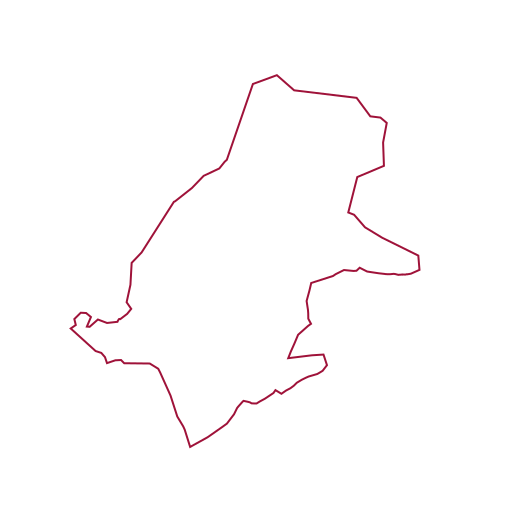 the district of Kaga, Borno, Nigeria, rotated 228°
{"feature_id": "59680162B15311652495769", "entity_name": "Kaga", "entity_type": "district", "adm_level": 2, "iso_a3": "NGA", "parent_name": "Nigeria", "parent_adm1": "Borno", "projection": "robinson", "projection_center": [12.335, 11.599], "detail": "fine", "context": "isolated", "style": "outline", "palette": "rose", "viewbox_px": 512, "rotation_deg": 228, "n_neighbors": 0, "source": "geoboundaries", "source_scale": "gbopen_adm2", "svg_char_len": 2028}
<svg xmlns="http://www.w3.org/2000/svg" viewBox="0 0 512 512"><g transform="rotate(228 256 256)"><path d="M385.9,368.8L347.0,298.7L347.0,295.8L345.6,287.3L350.6,270.8L349.4,253.9L350.8,232.4L351.2,231.3L351.2,231.2L335.2,173.4L334.7,167.1L334.1,159.0L318.6,143.4L308.2,128.9L300.2,127.9L299.2,121.5L299.9,112.9L300.5,112.5L300.8,111.9L300.3,110.1L299.8,109.0L305.9,100.5L314.6,96.0L314.7,85.0L316.7,83.1L321.1,92.5L327.3,91.6L331.1,87.8L330.7,78.8L325.3,75.9L326.1,69.8L292.7,73.2L287.5,76.2L281.9,76.1L276.1,73.6L272.6,81.7L269.0,86.1L264.5,86.3L247.2,105.1L237.6,107.9L233.5,106.8L209.5,99.1L189.4,90.1L178.1,87.9L174.6,86.8L158.2,79.3L153.7,98.7L151.5,116.6L150.9,122.2L152.1,128.5L153.1,133.8L155.7,140.3L155.8,140.9L155.8,141.2L155.9,141.4L156.3,144.9L156.3,145.1L156.5,146.7L156.7,148.7L156.7,148.8L156.7,149.0L156.7,149.3L156.7,149.6L156.7,149.8L152.8,152.6L151.2,153.6L149.5,154.1L147.4,156.2L146.0,157.8L145.4,161.3L144.0,167.1L142.5,177.3L143.3,180.7L140.0,181.7L136.6,182.7L135.9,188.4L134.7,193.1L134.3,197.3L134.5,201.5L133.4,207.2L132.7,209.7L132.2,211.4L132.2,211.5L131.3,214.2L131.3,214.3L127.3,222.6L126.6,226.0L126.1,228.7L127.4,235.7L134.6,238.9L135.5,239.3L137.6,240.2L144.8,231.1L158.5,211.6L161.7,218.0L165.3,226.1L169.3,234.6L169.2,248.0L168.8,251.5L174.4,252.9L178.4,256.4L181.1,258.5L188.7,263.5L194.5,272.5L199.0,279.0L189.6,299.9L189.2,303.0L186.7,312.0L179.6,318.5L177.9,320.7L177.8,320.8L177.9,325.2L173.7,326.8L170.1,328.2L166.3,331.3L161.1,335.6L156.7,339.5L155.5,340.5L153.8,342.3L153.7,342.4L152.8,343.4L152.2,344.2L150.6,346.4L149.4,347.4L146.7,349.2L146.4,349.7L146.2,349.9L144.5,352.1L144.4,352.2L144.4,352.3L144.2,352.4L144.2,352.5L142.3,354.5L141.7,355.6L141.6,355.8L141.4,355.9L141.4,356.0L141.2,356.2L140.3,357.5L139.2,359.3L136.3,368.2L147.7,376.9L185.1,362.0L204.4,356.2L221.0,356.5L226.6,353.7L246.9,384.1L237.4,411.4L255.3,426.4L267.4,442.2L275.6,441.1L283.3,434.4L286.4,434.7L306.2,436.6L353.6,395.2L376.4,392.5L385.9,368.8Z" fill="none" stroke="#9f1239" stroke-width="2"/></g></svg>